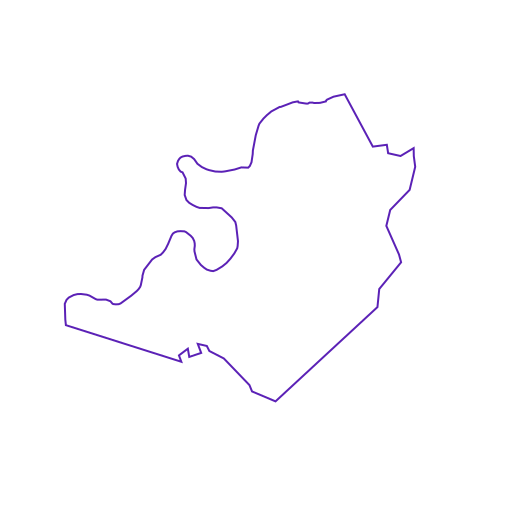 outline of Henderson, Kentucky, United States of America, rotated 320°
{"feature_id": "52423323B87544132972679", "entity_name": "Henderson", "entity_type": "district", "adm_level": 2, "iso_a3": "USA", "parent_name": "United States of America", "parent_adm1": "Kentucky", "projection": "mercator", "projection_center": [-87.608, 37.807], "detail": "fine", "context": "isolated", "style": "outline", "palette": "violet", "viewbox_px": 512, "rotation_deg": 320, "n_neighbors": 0, "source": "geoboundaries", "source_scale": "gbopen_adm2", "svg_char_len": 2114}
<svg xmlns="http://www.w3.org/2000/svg" viewBox="0 0 512 512"><g transform="rotate(320 256 256)"><path d="M316.2,373.2L329.2,360.5L363.1,354.1L366.5,346.8L375.2,316.7L388.4,307.0L416.2,304.1L435.3,290.0L441.1,280.9L446.1,274.7L431.0,272.3L423.3,262.2L427.7,254.9L415.8,247.3L427.9,189.1L417.8,183.8L411.0,181.9L409.6,182.0L408.9,182.5L403.4,179.8L398.9,176.2L397.7,174.6L395.6,172.9L393.7,172.6L392.5,171.6L387.5,165.9L387.3,165.6L387.6,164.7L387.4,164.5L387.2,164.3L382.9,161.9L376.5,159.7L370.8,157.7L369.9,157.0L360.7,155.1L354.9,155.1L350.1,155.5L343.7,156.8L342.2,157.6L341.8,157.8L333.5,163.3L321.4,173.2L319.0,175.8L312.8,181.3L309.1,183.1L306.8,183.3L301.7,178.7L295.2,176.0L286.9,171.4L285.3,170.4L283.7,169.3L279.1,165.1L275.3,160.1L273.8,157.7L271.7,153.1L270.4,147.7L270.9,142.0L270.2,138.2L268.3,135.4L266.4,134.0L263.7,132.6L262.5,132.3L261.4,132.1L259.6,132.3L257.4,133.0L254.7,134.7L253.3,137.3L252.5,140.1L252.5,142.9L253.5,144.7L251.9,151.5L249.2,155.2L244.2,159.7L240.6,163.4L238.7,168.4L239.0,172.3L240.3,176.2L242.0,180.1L243.7,182.9L250.6,188.9L254.4,191.2L257.2,193.6L260.4,197.4L262.2,210.9L262.0,216.7L260.4,219.9L251.7,233.1L248.3,236.6L246.6,238.0L241.0,240.1L234.7,241.6L228.9,242.4L223.5,242.3L216.9,241.3L213.5,240.1L211.7,238.1L209.6,234.8L208.7,231.6L208.0,227.4L208.2,220.4L211.8,213.0L213.1,211.2L215.6,208.9L217.1,207.0L218.3,204.8L219.1,201.6L219.0,198.6L217.8,192.8L217.0,191.1L214.1,188.4L211.6,186.6L208.9,185.6L206.8,185.4L204.3,186.2L197.1,189.9L197.0,190.0L191.3,192.5L187.1,193.5L183.8,193.8L178.2,192.2L174.2,191.9L161.4,194.7L156.4,198.1L155.2,199.4L149.0,204.3L147.4,205.2L145.2,205.8L144.8,205.9L142.3,206.2L134.9,206.2L121.8,205.3L119.9,204.7L117.5,202.9L115.7,201.0L115.4,200.2L115.4,197.1L113.6,193.9L113.1,193.0L106.4,187.5L105.5,186.0L103.0,179.3L101.5,176.9L97.5,172.6L94.7,170.4L91.2,168.7L85.9,167.5L82.7,167.8L78.8,169.7L69.0,182.2L65.9,186.8L130.8,289.0L133.1,282.6L144.2,283.2L140.0,290.4L151.7,295.0L154.9,285.9L160.5,293.3L159.2,298.8L165.5,313.8L168.0,350.7L165.9,357.2L177.5,379.9L316.2,373.2Z" fill="none" stroke="#5b21b6" stroke-width="2"/></g></svg>